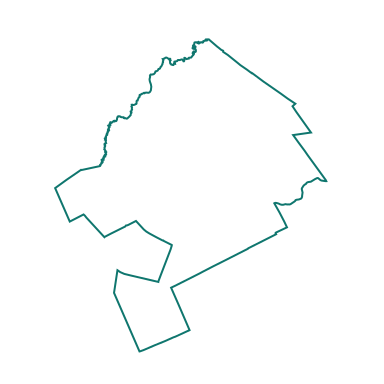 outline of Cosmesti, Teleorman, Romania, rotated 260°
{"feature_id": "2599482B87533780865564", "entity_name": "Cosmesti", "entity_type": "district", "adm_level": 2, "iso_a3": "ROU", "parent_name": "Romania", "parent_adm1": "Teleorman", "projection": "equal_earth", "projection_center": [25.395, 44.317], "detail": "fine", "context": "isolated", "style": "outline", "palette": "teal", "viewbox_px": 384, "rotation_deg": 260, "n_neighbors": 0, "source": "geoboundaries", "source_scale": "gbopen_adm2", "svg_char_len": 6073}
<svg xmlns="http://www.w3.org/2000/svg" viewBox="0 0 384 384"><g transform="rotate(260 192 192)"><path d="M106.2,97.7L44.1,112.6L44.1,113.1L44.7,116.7L47.6,129.0L49.8,139.3L52.1,148.5L52.4,150.4L56.4,165.6L83.0,159.3L101.4,154.8L102.5,158.8L110.5,185.4L111.6,188.7L115.2,200.2L117.6,208.3L126.4,237.2L126.6,237.3L126.8,237.6L135.8,267.5L137.0,267.1L137.3,267.3L137.5,267.7L140.7,279.4L147.2,277.6L156.4,274.7L166.6,271.1L166.8,271.7L166.8,272.4L166.5,273.4L165.5,275.4L164.5,276.7L163.8,278.3L163.6,279.7L163.8,281.9L163.2,283.6L163.1,284.5L162.8,285.8L162.9,286.9L164.8,291.2L165.4,292.2L166.0,292.6L166.2,293.7L166.1,295.8L166.2,296.6L166.5,298.1L167.1,298.9L168.2,299.6L168.9,299.7L172.3,300.8L175.7,300.6L176.5,300.8L178.9,303.0L179.8,304.5L180.1,305.5L181.2,306.6L181.6,308.1L181.5,310.8L183.4,315.6L184.0,317.8L183.7,318.7L181.4,320.6L180.8,321.5L179.5,325.4L179.4,326.1L180.5,325.8L208.2,312.3L213.0,310.1L222.2,305.5L230.5,301.5L229.9,319.5L252.8,308.6L259.0,305.9L261.0,309.1L267.4,302.4L273.3,296.7L288.3,281.6L298.6,271.9L299.0,271.4L298.8,271.3L299.6,270.5L302.9,267.4L308.6,261.6L311.2,259.4L320.8,251.0L324.6,247.0L325.7,247.2L326.9,245.5L329.9,242.9L330.5,242.3L338.8,235.5L339.1,235.4L339.6,234.3L339.6,233.6L338.7,233.3L338.6,233.0L339.8,232.6L339.9,232.3L339.8,232.0L339.6,231.7L338.7,231.2L338.6,230.8L338.7,229.8L338.5,229.2L337.5,229.0L337.3,228.5L337.4,227.9L337.9,227.3L338.0,226.9L337.2,225.0L338.3,225.0L338.8,224.4L338.7,224.1L337.9,223.9L337.6,223.6L337.7,223.2L338.5,222.6L338.8,222.1L338.8,220.5L338.4,220.2L337.0,219.8L336.7,219.5L336.1,218.5L335.7,218.3L335.4,218.5L335.2,218.8L335.0,220.4L334.6,220.7L334.2,220.7L333.9,220.4L333.9,220.1L334.3,219.3L334.4,218.5L334.2,217.9L333.6,217.5L333.3,217.6L332.8,218.2L332.3,219.8L332.0,220.2L331.8,220.4L331.0,220.4L330.1,220.3L329.6,220.1L329.3,219.4L329.4,219.1L330.1,218.5L330.2,218.1L330.0,217.8L329.0,216.9L328.5,216.7L328.2,216.8L328.3,217.5L328.2,217.8L328.0,218.0L327.6,217.9L326.5,216.9L326.1,216.1L325.6,215.7L325.3,215.3L324.6,214.6L324.7,212.3L323.9,211.9L324.1,211.3L323.8,209.9L324.0,209.5L325.2,208.5L325.4,208.2L325.4,207.8L324.9,207.6L323.5,207.5L322.3,207.0L322.1,206.7L322.2,206.3L323.6,205.8L324.3,205.2L324.3,204.2L324.0,202.9L324.3,202.0L324.4,201.0L324.2,200.7L323.7,200.4L323.5,200.0L323.4,199.3L323.5,198.0L323.4,197.3L323.2,197.2L322.0,197.6L321.3,197.6L321.4,197.4L321.9,196.8L321.9,196.6L321.7,196.4L320.6,196.1L320.3,195.7L320.3,195.4L321.1,193.7L321.6,193.6L322.3,192.9L323.6,192.9L324.2,193.1L325.2,192.9L325.4,193.0L325.6,193.7L325.8,193.6L325.9,193.3L326.8,193.7L327.0,193.6L327.1,193.2L326.8,192.6L326.8,192.3L327.7,191.6L328.7,190.4L328.9,189.8L328.8,189.0L328.3,188.2L328.3,187.6L328.0,187.2L328.0,186.3L326.8,186.7L326.2,186.4L325.9,186.0L325.0,186.1L324.5,185.9L324.0,185.3L323.0,185.1L321.8,184.1L320.9,183.5L320.7,182.9L320.4,182.6L319.2,181.9L318.9,181.2L319.0,180.4L317.9,179.6L317.5,179.2L317.1,177.9L317.2,177.3L317.1,177.0L315.5,176.0L314.7,174.8L314.6,174.2L314.7,173.4L314.5,172.8L314.9,171.9L314.5,171.2L313.6,170.7L312.8,170.8L310.8,169.9L310.0,169.7L308.1,169.7L305.2,170.2L302.7,170.2L299.2,169.1L297.8,167.9L297.3,166.8L297.3,166.2L297.9,164.0L297.8,163.2L297.5,162.5L298.0,162.1L298.0,161.8L297.3,160.2L297.4,159.3L296.6,158.3L296.7,157.4L296.5,157.2L296.0,157.3L295.8,157.1L294.9,157.0L294.3,155.9L293.3,155.4L292.6,154.8L291.6,154.4L291.6,153.7L291.1,153.2L288.7,152.7L288.4,152.4L288.4,151.7L288.0,151.0L287.8,149.6L287.9,149.2L288.4,148.3L288.4,147.8L287.3,147.8L286.7,147.2L285.6,147.6L285.1,147.3L283.7,147.3L283.5,146.9L282.9,146.8L282.4,146.2L281.2,146.2L281.4,145.6L280.1,145.7L279.4,145.2L278.3,144.9L278.0,144.4L277.3,143.6L275.7,141.1L275.6,140.8L275.7,140.1L276.3,139.3L276.3,138.3L276.6,137.8L277.3,137.8L277.5,137.6L277.6,136.7L277.9,135.6L278.3,134.8L278.6,134.7L279.0,134.1L279.2,133.6L279.0,133.0L279.4,132.5L279.1,131.9L278.6,131.5L277.3,130.9L276.4,130.7L275.1,129.8L275.0,129.4L275.3,129.0L275.6,128.2L275.4,128.0L274.9,127.8L274.9,127.6L275.1,127.4L275.6,127.4L275.6,127.2L274.3,125.3L274.4,124.8L274.7,124.4L274.8,124.1L274.1,124.0L274.3,123.4L273.8,123.3L273.6,122.8L273.3,122.7L272.7,123.2L272.2,123.2L272.3,122.0L272.0,121.1L271.8,121.2L271.5,121.7L271.4,122.2L271.3,122.3L270.5,122.2L270.5,121.5L270.4,121.3L269.8,121.5L269.4,121.4L268.4,120.3L268.1,120.4L268.0,121.0L267.3,121.1L267.2,120.9L267.5,120.6L267.3,119.9L267.0,119.9L266.7,120.3L266.4,120.3L265.7,119.2L265.1,119.4L264.9,119.3L264.5,118.8L264.4,118.3L264.2,118.2L263.5,118.5L263.1,118.5L262.9,118.3L263.0,117.7L262.9,117.5L262.3,117.4L261.6,116.7L261.0,116.9L260.2,116.7L260.2,115.8L260.0,115.5L259.8,115.6L259.7,116.2L259.6,116.3L259.3,116.3L259.2,115.7L258.6,115.4L258.5,115.6L258.8,116.1L258.6,116.3L257.8,116.3L257.3,115.9L256.7,115.9L256.3,115.7L255.2,115.9L255.2,115.3L254.8,115.0L254.6,114.3L254.4,114.1L254.2,114.1L253.8,114.7L253.3,114.7L253.1,114.6L253.2,114.1L252.6,114.1L252.3,114.4L252.1,114.4L251.5,114.1L251.2,113.6L250.5,113.4L249.4,113.5L249.1,113.1L247.5,114.1L247.3,114.1L246.8,113.5L246.6,113.6L246.3,114.3L246.1,114.2L245.8,113.7L245.4,114.1L245.1,113.7L243.8,113.9L243.7,113.7L243.9,113.3L243.8,112.9L243.1,113.1L242.5,112.9L242.9,112.4L242.9,112.0L242.7,112.0L242.4,112.4L242.0,112.3L242.0,112.0L242.3,111.8L242.1,111.3L241.5,111.4L241.1,110.7L240.3,111.0L240.0,110.9L239.9,110.6L240.2,110.1L240.1,109.9L239.3,110.2L239.4,109.4L239.3,108.6L238.9,108.6L238.9,109.2L238.3,109.5L238.1,109.4L238.3,109.0L237.8,108.7L237.7,108.8L237.5,109.3L236.9,109.2L236.5,108.8L236.7,108.1L236.6,107.9L235.7,107.8L235.3,107.0L234.4,106.7L234.2,106.4L234.3,106.1L233.6,106.0L233.5,105.7L232.8,86.5L233.0,86.4L225.7,70.4L219.6,57.9L184.1,66.5L188.7,81.3L187.3,82.4L185.2,83.5L162.7,97.9L163.0,98.3L165.2,105.3L169.6,120.2L170.5,121.2L170.4,122.4L170.7,123.7L173.2,131.8L163.5,138.0L161.0,140.1L158.5,142.9L153.6,149.1L149.4,154.6L149.2,155.0L149.2,155.4L148.6,155.8L143.3,162.9L142.6,162.7L139.1,160.9L115.1,146.5L109.7,143.3L109.3,143.2L120.5,117.0L123.1,111.1L125.5,107.5L127.9,105.0L106.2,97.7Z" fill="none" stroke="#0f766e" stroke-width="2"/></g></svg>